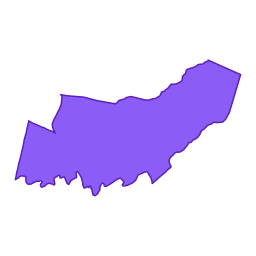 outline of La Pelle, Dennery, Saint Lucia
{"feature_id": "8701671B14864913892073", "entity_name": "La Pelle", "entity_type": "district", "adm_level": 2, "iso_a3": "LCA", "parent_name": "Saint Lucia", "parent_adm1": "Dennery", "projection": "orthographic", "projection_center": [-60.906, 13.941], "detail": "fine", "context": "isolated", "style": "filled", "palette": "violet", "viewbox_px": 256, "rotation_deg": 0, "n_neighbors": 0, "source": "geoboundaries", "source_scale": "gbopen_adm2", "svg_char_len": 5773}
<svg xmlns="http://www.w3.org/2000/svg" viewBox="0 0 256 256"><path d="M91.2,188.3L91.1,188.7L91.9,189.7L92.0,190.2L92.2,191.5L92.4,192.5L92.7,193.5L93.0,194.5L93.1,194.9L93.7,195.3L94.3,195.6L95.3,195.5L95.9,195.2L97.5,193.8L98.3,192.7L98.4,192.0L99.2,191.1L99.5,190.6L99.6,190.3L99.7,189.9L99.8,189.8L99.9,189.0L99.9,188.1L100.1,186.6L100.4,185.8L101.5,183.9L102.0,183.4L102.4,183.1L103.0,183.2L103.6,183.5L103.9,184.1L104.1,185.0L104.1,185.7L104.2,185.9L104.5,186.2L105.1,186.3L106.2,186.3L107.5,185.6L108.2,185.1L110.4,183.9L111.3,183.3L113.7,181.7L114.7,180.9L116.0,180.0L117.6,179.1L118.1,178.8L119.9,178.2L120.5,178.2L121.0,178.6L121.3,179.0L123.5,181.2L123.8,181.6L123.8,182.1L123.5,182.9L123.2,183.6L122.7,184.1L122.4,184.8L122.4,185.2L122.6,185.5L123.0,185.9L123.8,186.0L124.6,185.9L125.0,185.8L127.1,185.4L127.8,185.2L128.5,184.7L130.8,183.8L132.0,183.2L135.4,180.6L135.9,179.7L137.4,176.5L138.0,175.3L138.5,174.8L139.6,174.2L141.6,173.5L142.5,173.2L143.2,172.6L143.8,172.5L144.6,172.3L145.9,171.6L146.6,171.6L147.1,171.9L147.8,172.6L148.5,173.9L149.7,175.7L149.9,176.1L150.5,177.1L151.0,177.9L151.8,180.6L152.2,182.7L152.2,183.4L152.5,183.4L153.0,182.9L153.3,182.5L153.8,182.2L155.1,180.9L155.8,180.5L156.9,179.4L157.9,178.5L158.5,177.9L159.5,177.1L165.6,172.0L167.1,170.2L168.2,169.2L169.2,168.7L170.1,167.9L170.6,167.4L171.0,166.8L171.1,166.6L171.0,166.3L169.7,163.7L169.3,162.3L169.2,161.5L169.3,160.0L169.5,159.1L170.0,158.2L170.7,157.2L171.7,156.3L172.6,155.4L175.0,153.0L175.6,152.5L176.0,152.3L176.6,152.2L179.0,152.2L179.8,152.0L181.5,151.1L183.3,149.9L183.9,149.4L186.1,146.7L187.5,145.0L188.2,143.8L188.7,143.0L189.2,142.5L190.2,142.5L190.6,142.4L191.1,142.1L192.2,141.1L192.8,140.1L193.2,139.8L194.0,139.5L195.3,139.0L196.3,138.4L197.7,137.3L200.0,134.2L200.3,133.1L201.0,131.9L201.5,130.9L201.9,130.4L202.4,130.1L204.0,129.2L204.3,128.8L205.3,127.8L206.0,127.1L207.2,125.7L208.0,125.2L210.2,124.3L211.4,123.9L211.9,123.7L212.3,123.2L212.8,122.8L213.6,122.5L214.6,122.3L215.5,122.4L216.4,122.5L218.0,122.6L218.7,122.5L220.2,122.2L221.2,122.2L222.4,122.0L223.3,121.6L223.5,121.3L224.5,120.3L225.0,120.0L226.1,118.5L227.3,116.3L227.6,115.4L228.2,114.4L229.1,113.1L229.4,112.3L229.7,111.4L229.9,110.4L230.4,109.0L240.6,74.6L208.7,60.4L208.8,60.7L206.8,61.4L205.9,61.9L205.0,62.1L204.2,62.9L203.3,63.7L202.8,64.0L201.6,64.2L199.0,64.4L198.4,64.5L197.8,64.8L196.6,65.9L195.9,66.3L194.6,67.0L194.2,67.1L191.2,68.2L189.9,68.4L188.4,69.0L187.3,69.4L186.8,69.7L186.4,70.3L186.2,70.9L185.9,71.8L185.6,73.1L185.2,73.7L184.7,74.3L184.2,74.6L183.7,75.1L182.9,76.2L182.5,76.3L182.6,76.7L181.9,80.7L181.5,81.1L180.2,82.0L178.3,83.0L177.6,83.3L176.2,83.9L175.5,84.0L174.0,84.3L172.6,84.3L171.5,84.1L170.9,84.4L169.2,86.6L168.2,87.8L167.8,88.2L167.3,88.6L165.4,90.1L165.0,90.6L164.0,91.3L163.1,91.6L162.4,91.8L161.4,92.2L161.5,92.5L161.4,93.0L160.6,94.2L160.2,95.3L159.6,96.0L158.8,96.5L158.3,96.7L157.5,97.3L156.5,98.0L154.9,98.6L152.5,98.9L149.3,99.9L147.9,100.1L146.1,100.0L145.9,100.1L131.4,96.6L130.6,96.6L129.8,96.8L129.1,96.9L127.0,97.4L126.3,97.6L125.7,98.0L124.9,98.6L124.1,99.1L122.2,99.5L119.3,100.4L119.0,100.5L118.4,101.0L117.2,102.6L115.8,103.6L114.9,103.8L114.1,103.6L97.0,100.6L83.6,97.1L67.5,95.8L60.9,94.7L61.2,95.3L61.7,95.9L62.0,96.7L61.6,100.7L61.4,103.1L61.1,104.6L60.2,107.0L59.7,108.3L59.1,109.6L58.5,110.7L58.1,111.5L57.5,112.6L55.8,116.1L54.9,117.7L54.4,118.6L52.7,122.5L52.4,123.3L52.3,123.8L52.4,125.3L52.5,126.6L52.7,127.3L53.1,128.6L53.7,130.1L54.2,131.2L54.5,131.8L54.8,132.2L55.0,132.9L54.5,132.7L54.1,132.3L53.6,132.0L52.4,131.3L51.9,131.3L51.3,131.1L48.8,130.2L46.6,129.2L45.6,128.6L44.0,128.0L44.0,127.8L43.8,127.9L41.8,127.0L39.7,126.2L35.9,124.4L33.4,123.5L32.0,122.8L30.7,122.0L29.9,121.5L29.5,121.4L28.8,121.0L28.8,121.4L27.2,127.8L26.8,129.5L26.3,132.4L25.4,135.5L25.0,136.8L24.7,138.3L24.3,139.4L24.0,140.9L23.7,143.0L23.4,144.4L23.4,145.3L23.2,145.8L22.4,149.1L22.2,149.8L21.7,151.9L21.3,153.7L21.2,154.5L20.7,156.3L20.5,157.5L19.4,161.2L18.7,163.9L18.1,167.3L16.9,171.8L16.5,173.4L16.2,175.8L15.7,177.8L15.4,179.5L15.6,179.5L17.1,178.6L17.8,178.3L18.4,177.9L19.6,176.6L20.2,176.2L20.9,176.0L22.9,176.0L24.1,176.1L25.2,176.6L25.9,177.1L26.1,177.7L26.1,178.3L25.8,180.2L25.7,180.6L26.3,182.3L26.6,182.8L27.6,183.9L28.1,184.2L29.7,184.2L30.8,184.1L31.2,184.0L33.3,182.8L33.7,182.6L34.0,182.4L35.4,181.8L36.1,181.4L36.9,181.3L38.6,181.3L39.9,180.9L40.4,180.8L41.2,180.9L41.7,181.2L42.1,181.7L42.1,181.9L41.5,183.2L40.8,183.8L40.6,184.4L40.5,184.8L40.6,185.7L41.0,186.4L41.0,186.7L41.3,187.0L41.6,187.1L42.2,187.1L42.6,187.0L43.7,186.5L43.9,186.5L44.5,186.2L45.7,185.2L46.6,184.3L47.0,184.0L48.3,183.5L49.1,183.4L49.7,183.4L50.2,183.4L54.2,184.9L54.6,184.7L54.7,184.1L54.8,183.7L54.7,183.0L54.4,182.1L54.2,181.0L54.0,180.1L54.0,179.2L54.1,178.8L54.5,178.1L54.8,177.8L55.5,177.3L56.5,176.8L56.5,176.6L57.0,176.5L57.7,175.8L58.4,175.5L58.9,175.3L59.4,175.3L59.8,175.8L59.9,176.2L59.9,177.7L61.0,177.9L61.5,177.9L61.9,177.6L62.3,177.2L62.8,177.3L63.3,177.1L63.5,177.1L64.4,177.1L64.6,177.3L65.0,178.2L65.8,180.7L66.3,181.3L66.5,182.0L66.6,182.4L66.9,183.0L67.3,183.5L67.9,184.0L68.4,184.3L68.9,184.2L69.1,184.0L69.3,183.7L69.6,182.7L69.8,182.2L70.4,181.5L70.6,181.0L71.4,180.4L73.1,179.1L73.6,178.9L74.4,178.6L75.2,178.2L76.1,177.7L76.5,177.3L76.6,176.8L76.5,175.8L76.2,173.8L76.1,173.1L76.2,172.4L76.4,172.1L76.9,171.9L77.2,171.7L77.7,172.0L78.2,172.5L78.8,173.2L79.8,174.9L80.6,176.3L81.5,178.0L81.9,179.6L82.8,183.1L82.8,183.4L83.0,185.6L83.4,186.6L83.6,186.8L83.9,187.7L84.2,187.9L84.7,188.0L85.5,187.8L85.8,187.6L86.3,187.1L86.7,186.9L87.3,186.9L87.8,186.9L88.2,187.2L88.4,187.5L88.9,187.5L89.1,187.0L89.1,186.8L89.5,186.3L90.4,186.3L90.7,186.8L91.1,187.5L91.2,188.3Z" fill="#8b5cf6" stroke="#5b21b6" stroke-width="1.5"/></svg>